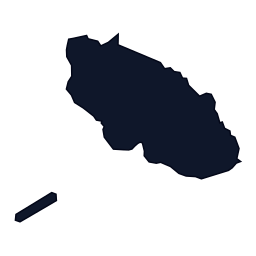 Merizo, Guam
{"feature_id": "77769853B7245743220793", "entity_name": "Merizo", "entity_type": "district", "adm_level": 2, "iso_a3": "GUM", "parent_name": "Guam", "parent_adm1": "", "projection": "natural_earth1", "projection_center": [144.684, 13.261], "detail": "fine", "context": "isolated", "style": "filled", "palette": "ink", "viewbox_px": 256, "rotation_deg": 0, "n_neighbors": 0, "source": "geoboundaries", "source_scale": "gbopen_adm2", "svg_char_len": 1106}
<svg xmlns="http://www.w3.org/2000/svg" viewBox="0 0 256 256"><path d="M160.4,62.6L149.7,58.1L135.4,52.1L118.0,44.8L118.2,34.2L108.3,42.4L100.8,45.9L97.7,41.2L88.1,38.8L86.6,35.5L73.2,38.4L68.7,39.2L67.3,45.4L66.5,49.8L66.8,56.7L71.6,65.3L71.8,76.2L68.2,81.8L66.4,89.1L71.4,95.0L74.6,102.5L83.2,107.9L93.7,116.1L96.4,120.1L101.8,121.1L101.3,123.1L104.3,126.6L103.0,129.4L104.3,137.2L113.4,149.1L123.2,149.7L128.7,149.9L132.0,149.0L134.5,146.3L137.8,143.4L139.8,142.3L142.0,142.4L142.7,144.1L144.4,151.1L144.2,155.8L149.1,161.9L156.3,163.2L160.7,162.3L165.5,164.4L170.5,166.5L178.9,173.4L186.1,176.0L195.5,176.6L201.4,178.8L228.5,170.4L232.2,167.8L236.3,163.1L240.6,161.5L236.8,158.7L239.0,148.5L234.8,137.2L230.5,135.3L229.9,131.0L224.6,128.3L222.3,122.0L219.8,122.8L217.2,113.7L214.2,109.5L215.1,102.2L211.2,94.3L206.3,93.3L199.6,96.2L188.6,85.3L186.5,78.4L182.5,78.1L179.9,72.5L174.1,71.6L170.3,67.8L164.6,68.7L160.4,62.6ZM16.0,214.4L15.4,220.2L20.0,221.8L38.5,211.0L56.4,200.5L56.3,199.4L56.0,194.2L51.7,192.6L43.2,197.8L22.9,210.2L16.0,214.4Z" fill="#0f172a" stroke="#020617" stroke-width="1.5"/></svg>